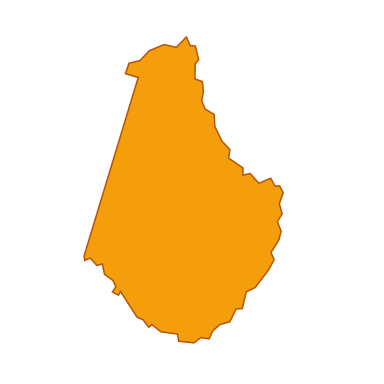 the district of Suwannee, Florida, United States of America, rotated 197°
{"feature_id": "52423323B35502407860174", "entity_name": "Suwannee", "entity_type": "district", "adm_level": 2, "iso_a3": "USA", "parent_name": "United States of America", "parent_adm1": "Florida", "projection": "equal_earth", "projection_center": [-83.03, 30.162], "detail": "fine", "context": "isolated", "style": "filled", "palette": "amber", "viewbox_px": 384, "rotation_deg": 197, "n_neighbors": 0, "source": "geoboundaries", "source_scale": "gbopen_adm2", "svg_char_len": 942}
<svg xmlns="http://www.w3.org/2000/svg" viewBox="0 0 384 384"><g transform="rotate(197 192 192)"><path d="M96.0,139.7L93.7,151.3L98.8,157.3L94.9,171.6L95.3,180.5L101.7,188.6L99.4,197.4L105.0,206.3L104.6,218.0L110.0,223.4L114.4,222.0L120.8,228.2L130.6,219.9L141.8,226.7L148.2,223.0L150.3,229.9L166.9,235.1L168.1,243.6L178.1,249.3L189.3,261.3L193.4,272.6L203.6,275.1L209.4,282.1L210.5,291.6L214.4,300.6L222.3,301.0L226.4,315.6L224.2,320.3L231.5,332.6L236.6,331.5L242.7,338.6L249.3,325.7L261.7,324.9L274.3,314.5L280.2,302.5L289.9,296.7L290.3,285.7L276.9,285.7L276.5,99.1L274.5,95.2L270.0,99.1L261.5,93.9L256.7,97.0L251.6,87.7L241.6,84.2L237.1,79.1L238.9,73.1L232.1,71.9L231.3,76.0L208.1,56.3L201.5,55.5L193.8,50.0L191.6,53.5L180.9,49.2L164.4,51.9L161.1,45.4L146.0,48.3L141.0,55.4L132.8,56.5L131.5,65.3L126.5,73.5L117.9,79.0L115.6,93.1L109.8,95.2L110.9,112.4L103.7,119.1L96.0,139.7Z" fill="#f59e0b" stroke="#b45309" stroke-width="1.5"/></g></svg>